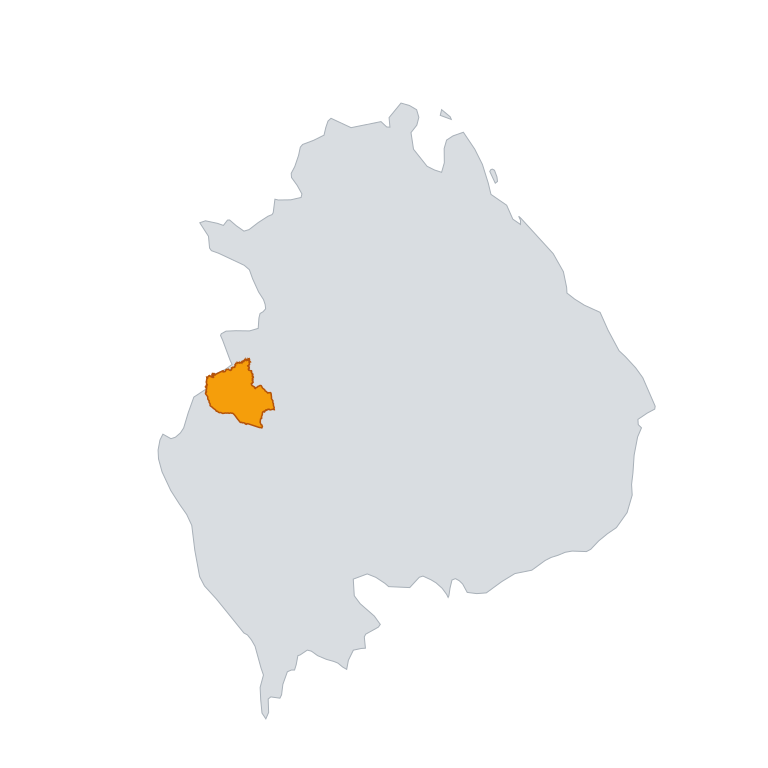 Snuol, Krâchéh, Cambodia (highlighted), rotated 158°
{"feature_id": "14789045B73173825322549", "entity_name": "Snuol", "entity_type": "district", "adm_level": 2, "iso_a3": "KHM", "parent_name": "Cambodia", "parent_adm1": "Krâchéh", "projection": "equal_earth", "projection_center": [106.435, 12.231], "detail": "fine", "context": "in_parent", "style": "filled", "palette": "amber", "viewbox_px": 768, "rotation_deg": 158, "n_neighbors": 0, "source": "geoboundaries", "source_scale": "gbopen_adm2", "svg_char_len": 8503}
<svg xmlns="http://www.w3.org/2000/svg" viewBox="0 0 768 768"><g transform="rotate(158 384 384)"><path d="M619.0,117.8L620.4,124.6L616.6,137.4L612.5,149.1L604.8,159.3L604.4,166.8L601.8,189.2L602.8,196.4L604.6,202.5L607.2,205.7L613.9,227.7L620.0,247.6L626.1,264.0L627.1,274.4L621.7,300.7L615.2,324.9L615.8,336.9L618.6,349.0L621.6,365.1L622.7,385.7L621.1,399.1L618.2,407.4L612.7,416.0L607.8,420.3L602.0,413.1L597.3,412.8L591.1,414.9L586.2,418.3L576.2,430.8L565.2,443.1L549.8,446.2L543.9,455.2L537.5,456.5L525.4,457.0L517.5,459.1L517.8,463.6L517.2,485.2L517.4,490.2L516.1,491.5L510.7,492.2L501.4,488.9L488.8,483.6L479.8,482.7L475.2,492.1L472.5,495.8L469.1,496.3L465.6,498.0L464.4,502.2L464.1,507.4L465.8,516.4L466.4,530.6L466.0,540.4L469.2,546.5L488.4,567.2L494.1,572.3L494.8,575.4L491.4,586.7L494.4,602.5L488.4,602.2L478.3,595.4L473.5,591.2L467.7,594.6L465.7,593.9L461.7,586.1L456.6,578.2L451.3,577.7L440.1,580.8L428.7,583.0L424.3,583.0L422.5,584.4L415.9,596.2L413.1,594.2L401.5,589.7L391.0,588.0L388.9,591.0L390.1,600.7L392.4,610.1L391.1,614.1L385.3,619.0L377.6,627.9L372.9,634.9L369.7,636.6L358.0,636.3L346.4,637.2L341.8,643.7L337.4,648.8L333.6,650.2L318.5,634.0L288.5,628.4L285.2,621.3L282.3,619.9L279.5,629.1L263.0,638.1L256.1,632.7L251.0,626.1L251.8,618.2L256.6,611.7L264.8,607.0L268.7,590.6L262.5,569.7L257.0,563.5L251.3,558.7L245.2,566.5L240.0,579.8L234.6,586.7L227.1,588.2L216.1,587.7L211.9,567.8L210.5,550.7L212.1,531.2L213.8,519.7L203.3,503.8L202.8,488.6L197.7,480.8L196.1,484.8L196.3,489.1L194.8,485.9L178.3,441.5L175.6,420.9L178.5,405.1L180.3,399.8L175.5,391.4L168.7,382.0L156.8,369.5L156.1,349.9L153.6,326.8L150.0,319.0L144.6,304.7L141.7,292.9L140.9,261.8L142.4,259.3L150.9,258.4L161.8,256.1L163.5,251.1L161.7,246.9L168.7,239.9L178.7,224.4L186.5,208.3L192.1,198.1L195.5,188.0L206.8,173.7L222.3,163.8L232.8,161.5L243.7,158.1L254.2,153.3L259.1,152.8L272.1,158.6L279.1,160.1L286.5,160.0L294.1,160.6L300.8,160.0L316.7,156.0L333.6,159.2L348.7,156.7L367.4,152.0L376.5,154.9L384.9,159.6L386.0,169.1L387.9,173.4L390.7,176.8L394.4,176.8L399.2,170.1L403.2,163.3L404.5,162.1L404.7,165.4L406.6,172.8L410.2,180.1L413.8,184.9L419.8,191.3L423.7,191.6L436.4,185.6L455.6,194.4L457.8,198.8L464.0,207.8L470.7,214.2L485.6,214.6L490.9,198.8L488.4,189.2L479.9,172.4L477.5,162.5L480.3,160.7L494.7,158.9L497.0,156.9L500.2,146.0L504.1,147.3L512.1,148.7L520.5,141.2L525.5,133.4L528.3,137.0L531.3,142.5L534.5,145.6L540.6,150.3L547.3,157.0L551.4,163.5L554.8,166.0L563.4,164.2L565.6,164.4L570.6,156.6L574.1,152.3L577.0,153.5L581.4,153.4L590.3,143.4L595.4,134.2L598.2,131.7L606.2,136.3L609.4,135.3L614.0,122.7L619.0,117.8ZM206.3,541.5L204.7,542.7L203.1,542.7L201.5,540.8L201.7,533.7L202.9,529.3L205.6,528.5L206.3,541.5ZM231.2,612.0L227.8,616.8L222.5,606.9L222.5,604.1L231.2,612.0Z" fill="#d9dde1" stroke="#a8b0b8" stroke-width="1"/><path d="M499.5,457.0L499.5,457.4L499.6,457.5L499.5,457.9L499.8,457.9L499.8,458.1L500.0,458.1L500.1,457.9L500.2,458.0L500.2,457.8L500.4,457.8L500.6,457.6L500.9,457.3L500.9,456.8L501.0,456.8L501.1,457.1L501.3,457.0L501.5,457.2L501.5,457.4L501.7,457.7L501.7,457.8L501.6,458.0L501.9,458.0L502.2,457.7L502.2,458.1L502.6,458.3L502.6,458.5L502.7,458.3L502.9,458.3L502.9,458.5L503.2,458.1L503.4,458.3L503.6,458.2L503.7,458.5L504.0,458.2L504.1,458.4L504.2,458.2L504.6,458.3L504.8,458.0L505.1,458.3L505.3,458.2L505.3,457.8L505.5,457.8L505.6,457.6L505.8,457.8L506.0,458.0L506.1,457.7L506.3,457.9L506.5,457.8L506.9,457.4L507.2,457.5L507.4,457.2L507.6,457.3L507.8,457.0L507.9,457.4L508.1,457.0L508.6,457.2L508.6,457.5L509.0,457.3L509.3,457.4L509.3,457.6L510.0,457.6L510.0,457.8L510.1,457.7L510.4,458.0L510.5,457.8L510.9,458.2L511.3,458.4L511.5,458.6L512.0,459.0L512.1,458.6L512.3,458.7L512.5,458.4L512.6,458.5L512.9,458.2L513.0,458.3L512.9,458.5L513.1,458.5L513.5,458.7L514.0,458.3L514.3,458.0L514.9,457.7L514.8,457.4L514.8,457.0L515.0,457.1L515.3,456.8L515.4,456.4L516.0,456.1L516.1,455.9L516.1,455.6L516.2,455.4L517.0,455.6L517.4,456.0L517.8,455.9L518.0,456.2L518.6,456.0L518.8,456.0L519.2,456.1L519.4,456.0L519.2,455.4L519.5,455.2L520.0,454.4L520.3,454.3L520.5,454.5L520.7,454.2L520.9,454.3L521.2,454.1L521.6,454.5L522.0,454.6L522.2,454.8L522.6,456.0L524.0,456.2L524.9,456.6L525.3,456.2L525.5,455.9L526.1,455.6L526.4,455.1L527.3,455.1L528.0,455.5L528.5,455.4L528.8,455.7L528.4,455.9L528.1,456.4L528.3,456.6L536.9,456.0L537.1,455.8L537.3,456.2L537.5,456.1L537.6,456.5L537.4,456.9L537.5,457.3L538.0,457.5L537.9,457.3L538.0,457.2L537.9,456.9L538.0,456.5L538.3,455.8L538.7,455.8L538.5,456.4L538.8,456.6L538.7,456.8L538.8,456.9L539.0,456.9L539.1,457.2L539.3,456.8L539.4,457.1L539.5,456.9L539.7,457.2L539.8,457.1L539.8,456.9L540.0,457.1L540.2,456.7L539.6,456.2L539.7,455.9L539.2,455.1L539.4,454.9L539.6,454.6L539.5,454.1L539.8,454.0L540.0,454.1L540.0,454.3L540.3,454.3L540.5,454.7L540.8,454.7L540.9,455.2L541.2,455.5L541.6,455.4L541.7,455.5L541.8,456.1L542.4,457.0L542.6,456.9L542.7,457.1L542.9,457.0L543.2,457.2L543.5,457.1L543.7,456.6L544.2,456.6L544.2,456.8L545.0,456.5L545.2,456.1L545.6,456.0L545.7,456.5L545.8,456.6L545.9,456.0L545.8,455.6L546.1,455.7L546.3,455.0L547.0,454.2L547.1,453.7L547.5,453.3L547.5,452.8L547.6,452.5L547.9,452.4L547.9,452.7L548.1,452.5L548.0,452.1L548.1,451.8L548.2,451.7L548.3,451.2L548.2,450.0L548.4,450.1L548.7,449.9L548.8,449.7L549.0,449.6L548.9,449.2L549.1,449.1L549.4,449.1L549.4,448.8L549.3,448.6L549.1,448.6L549.3,448.4L549.6,448.4L549.4,448.2L549.6,447.9L549.5,447.6L549.9,447.4L550.1,447.5L550.1,447.1L550.3,447.2L550.2,446.9L550.2,446.7L550.4,446.2L550.4,445.9L550.6,445.9L550.9,445.3L551.1,445.1L551.5,444.5L551.3,444.0L551.4,443.6L551.7,443.7L551.8,443.2L552.2,443.3L552.4,442.9L552.3,442.5L552.5,442.4L552.9,442.4L553.0,442.2L553.1,441.7L552.9,440.8L552.6,440.0L552.5,439.2L552.2,438.4L553.0,436.0L552.8,435.3L552.8,434.9L552.4,433.9L552.6,433.4L552.9,433.1L553.0,432.4L552.7,431.0L552.7,430.4L553.2,429.7L553.3,429.0L552.5,427.6L552.1,427.1L551.6,425.9L550.7,424.3L550.2,423.7L549.8,422.7L549.8,422.0L549.6,421.6L549.3,421.6L549.0,421.2L548.6,421.0L548.1,419.8L547.6,419.3L547.2,419.0L546.0,418.7L544.7,417.2L544.2,417.0L542.9,416.7L542.1,416.6L540.5,415.8L539.4,415.6L538.7,414.9L538.4,414.8L537.1,414.7L536.4,414.1L535.3,413.6L534.6,412.4L534.0,410.7L533.0,406.7L531.7,402.4L531.5,402.1L531.0,401.9L530.6,401.9L530.4,401.6L530.1,401.6L529.6,400.9L528.7,400.7L527.8,399.9L527.6,399.6L527.7,399.4L527.5,398.8L527.2,398.7L526.8,398.3L526.6,398.5L526.5,398.3L526.2,398.2L525.6,398.3L525.2,398.3L515.8,390.3L514.5,389.7L513.8,389.1L513.4,389.6L513.0,389.7L512.6,390.3L512.7,391.0L512.6,391.8L513.2,392.3L513.3,392.7L513.2,393.3L513.2,395.1L512.8,395.3L512.7,395.9L511.5,397.9L511.1,397.9L510.9,398.1L510.8,397.9L510.6,397.9L510.2,398.1L510.1,398.6L509.6,400.0L508.9,400.4L508.5,401.2L508.0,401.6L507.7,402.7L507.3,402.9L507.0,403.4L506.0,403.7L505.6,403.0L505.3,402.8L504.8,403.1L504.4,403.8L503.8,403.8L503.5,403.7L503.3,403.9L503.3,404.2L503.1,404.3L502.8,404.2L502.6,403.7L502.0,403.8L501.6,403.7L501.2,404.0L500.9,404.1L500.4,403.6L499.9,403.6L499.7,403.1L499.4,402.7L498.6,402.5L496.9,402.3L496.3,402.1L495.9,401.7L495.3,401.3L495.2,401.6L495.3,402.6L494.7,403.1L494.5,405.8L493.9,407.1L494.0,408.0L494.0,408.6L493.3,410.2L493.7,411.5L493.8,412.8L493.4,413.4L493.3,414.0L493.0,414.6L492.6,416.5L492.3,416.9L492.4,417.4L492.3,418.3L492.7,418.7L493.5,418.8L494.2,419.2L495.1,419.1L495.8,420.8L496.2,421.5L496.8,422.2L496.8,423.5L497.7,424.9L498.2,425.9L498.3,426.9L498.3,427.5L498.5,428.5L499.1,428.9L499.6,429.1L500.8,428.9L501.8,429.0L502.1,428.8L502.8,428.5L504.1,428.6L504.3,428.5L504.8,428.0L505.1,428.0L505.3,428.3L505.3,428.7L505.5,429.1L505.2,429.8L506.1,430.9L506.4,431.4L506.9,431.9L506.8,432.2L507.1,432.7L506.9,434.0L506.5,434.1L506.0,434.0L505.5,434.6L505.2,434.4L504.9,434.5L505.1,435.0L504.6,435.3L504.5,436.1L504.8,436.5L504.7,436.9L504.4,437.0L504.2,437.7L503.9,437.5L503.8,438.6L503.3,438.8L503.0,439.2L502.7,439.0L502.5,439.5L502.6,439.8L503.2,440.3L503.2,440.6L503.1,440.8L502.6,440.8L502.5,441.5L502.5,442.1L502.1,442.0L501.9,442.2L502.0,442.6L502.5,443.2L502.4,443.8L502.6,444.3L502.6,444.5L502.2,444.8L501.9,445.7L502.0,446.0L502.9,446.3L503.2,446.8L504.2,447.4L504.3,448.3L504.1,448.7L503.6,448.5L503.4,448.8L503.4,449.1L502.9,449.3L503.0,449.9L502.8,450.0L502.6,450.2L503.5,451.6L503.6,451.9L503.5,452.0L502.5,451.8L502.0,452.6L501.8,452.6L501.5,452.3L501.4,452.4L501.1,453.2L501.1,454.2L500.7,455.1L500.2,454.5L499.6,454.5L500.0,455.7L500.3,456.1L499.7,456.7L499.5,457.0Z" fill="#f59e0b" stroke="#b45309" stroke-width="1.5"/></g></svg>